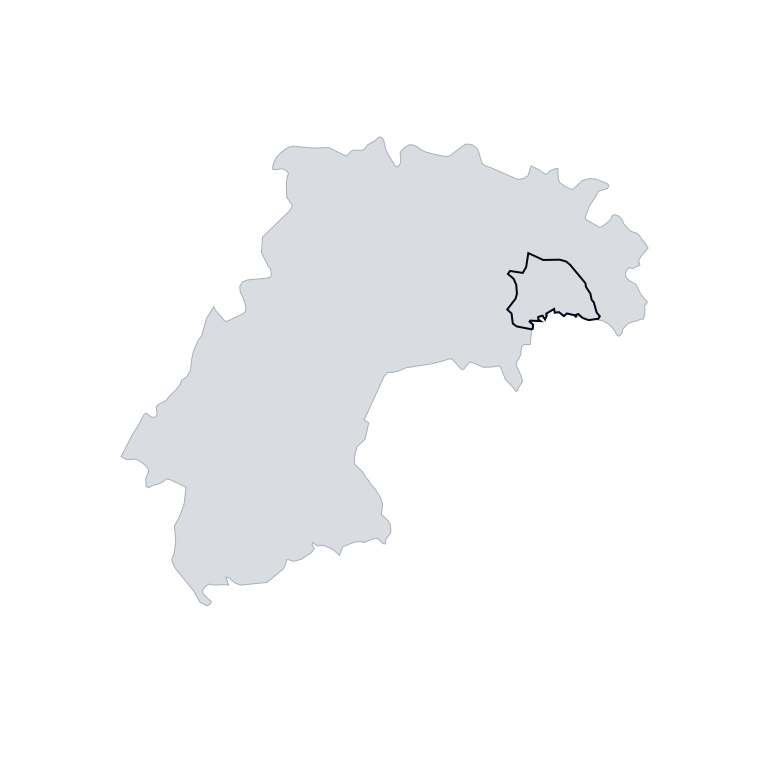 Macenta highlighted on a map of Guinea, rotated 295°
{"feature_id": "GIN-5651", "entity_name": "Macenta", "entity_type": "Prefecture", "adm_level": 1, "iso_a3": "GIN", "parent_name": "Guinea", "parent_adm1": "", "projection": "mercator", "projection_center": [-9.497, 8.422], "detail": "coarse", "context": "in_parent", "style": "outline", "palette": "ink", "viewbox_px": 768, "rotation_deg": 295, "n_neighbors": 0, "source": "natural_earth", "source_scale": "10m", "svg_char_len": 4416}
<svg xmlns="http://www.w3.org/2000/svg" viewBox="0 0 768 768"><g transform="rotate(295 384 384)"><path d="M465.1,495.6L459.4,494.9L456.8,496.0L449.2,505.0L444.6,508.5L437.5,507.4L434.9,508.0L433.0,507.0L435.6,502.1L439.3,492.3L448.7,482.4L448.8,480.3L445.0,474.5L441.0,466.7L441.0,458.2L440.2,452.1L431.9,450.4L430.4,449.4L430.2,447.3L434.8,436.8L435.2,434.7L434.6,432.8L429.5,427.4L421.6,417.4L407.9,396.9L402.8,392.6L397.9,386.4L396.0,382.4L390.9,380.9L343.2,381.2L342.3,386.6L325.9,390.2L315.7,386.0L304.5,388.4L299.0,391.2L294.7,403.1L292.3,405.7L289.9,411.0L287.7,414.0L285.3,419.9L279.9,428.3L274.3,433.7L264.7,436.7L261.7,445.5L259.5,448.8L255.8,451.3L251.9,453.0L244.1,451.3L239.7,452.9L238.9,450.7L241.4,443.7L239.5,440.1L231.9,432.8L231.2,429.3L228.9,424.7L219.0,415.4L209.8,416.0L212.4,408.1L212.3,397.7L209.1,392.0L209.9,386.2L208.2,386.5L205.2,390.5L200.2,389.3L190.1,383.1L185.1,377.0L184.5,371.9L183.3,369.9L180.2,371.0L173.9,370.9L154.7,361.8L141.0,338.8L140.7,333.6L142.7,324.7L142.3,322.3L136.0,328.2L134.8,324.2L130.0,315.0L128.6,309.7L124.0,307.4L120.3,306.9L117.4,308.7L113.7,319.5L110.9,319.4L108.0,317.1L108.6,309.1L116.0,299.0L128.3,273.5L132.8,267.7L135.5,265.7L141.4,265.4L152.8,262.0L166.8,254.1L177.5,254.7L190.2,253.7L206.7,248.3L206.9,231.1L206.3,227.3L200.5,223.9L197.1,220.9L194.1,217.1L190.5,214.4L190.7,211.6L198.0,207.9L204.7,207.9L206.9,206.5L208.6,204.1L210.5,197.9L211.2,191.4L206.7,182.6L207.0,176.4L231.2,177.3L244.5,179.0L255.4,179.5L257.1,180.9L255.6,186.9L257.0,190.5L260.7,191.4L266.8,187.2L270.0,188.2L276.8,193.4L283.1,194.9L290.0,197.7L296.5,199.3L302.3,199.1L306.6,202.0L314.7,202.9L325.1,199.2L333.3,197.5L344.9,197.1L350.9,198.4L368.5,195.4L382.3,197.1L380.1,199.1L373.8,212.8L374.5,215.3L388.6,226.9L391.9,227.7L395.7,226.1L401.8,220.8L406.5,215.0L411.1,212.2L416.4,212.3L420.7,216.4L430.7,233.6L433.2,235.8L435.6,235.8L440.0,232.6L442.2,228.8L451.4,217.4L465.8,211.8L499.8,224.8L504.8,225.8L507.7,224.8L511.9,217.1L524.8,210.5L530.9,208.7L534.4,208.5L535.8,206.4L536.4,203.2L535.7,200.0L531.8,194.2L531.6,192.4L533.9,191.3L538.8,190.5L545.1,191.0L552.2,193.6L558.0,197.2L561.3,201.5L567.7,219.7L574.9,234.0L574.6,253.1L577.7,255.0L581.2,255.8L582.9,257.3L586.3,265.2L589.6,267.4L593.6,268.0L600.9,273.0L605.6,275.0L606.3,276.5L606.1,278.6L604.3,281.2L597.2,286.5L593.7,291.0L586.4,301.8L586.2,303.8L587.8,305.2L590.7,305.5L593.9,304.7L600.6,300.8L605.9,302.2L610.9,305.2L612.7,308.3L613.2,312.4L612.1,317.7L611.9,323.6L613.6,333.7L616.2,343.7L618.8,347.3L635.6,356.2L637.2,359.5L638.1,363.2L636.9,368.3L635.1,371.1L625.9,379.0L624.5,382.7L625.2,389.7L625.9,419.0L629.5,423.9L633.8,426.5L643.9,425.1L643.6,433.2L642.3,442.3L648.2,445.1L651.2,447.9L652.8,450.5L643.5,455.3L640.8,458.2L639.5,465.8L639.8,472.8L652.3,477.8L657.2,483.7L659.3,489.8L660.0,501.3L658.9,503.9L655.7,504.0L649.4,497.0L639.7,496.2L632.5,494.9L620.4,495.8L618.4,497.9L617.0,513.2L619.9,515.7L625.6,518.6L629.4,519.9L632.5,519.5L634.9,521.4L635.4,526.4L633.8,530.1L630.6,533.5L626.7,542.4L627.5,550.5L620.7,563.4L618.8,565.9L609.8,563.3L603.9,562.5L599.7,565.7L593.9,560.7L592.8,556.8L590.7,556.0L586.7,555.9L583.1,558.2L581.5,562.2L580.7,570.5L574.1,578.3L569.5,588.1L564.2,587.2L563.0,588.4L557.3,590.9L552.4,591.6L551.1,589.0L548.3,586.9L545.1,582.8L541.5,579.4L534.6,577.1L531.9,578.1L528.7,577.8L526.5,576.5L526.8,574.5L530.4,569.4L532.5,564.7L533.6,559.6L533.6,554.8L531.7,547.9L528.6,542.5L527.8,539.3L528.2,534.8L527.5,530.6L526.4,528.4L525.0,520.5L523.2,519.0L522.1,512.7L522.4,506.2L519.8,503.7L515.5,501.9L513.1,499.4L511.5,496.5L510.0,495.7L508.7,495.9L507.5,497.6L506.1,498.0L503.7,491.9L502.7,491.7L501.0,493.1L481.5,499.8L479.0,494.1L475.3,493.0L468.9,495.4L465.1,495.6Z" fill="#d9dde1" stroke="#a8b0b8" stroke-width="1"/><path d="M507.2,499.4L503.3,489.8L502.0,489.6L500.8,494.1L496.9,495.5L495.9,494.5L492.3,480.0L493.2,475.2L501.8,469.8L503.6,464.2L516.9,467.2L522.1,466.3L529.7,462.0L534.1,457.1L536.1,449.8L539.7,450.4L543.3,462.8L550.1,463.4L563.6,459.5L563.7,475.9L570.9,490.7L572.0,497.3L570.7,502.3L560.5,523.9L557.3,526.1L553.1,532.9L548.1,536.6L546.7,539.6L538.6,546.6L536.6,550.9L533.7,550.7L528.4,542.5L527.8,536.1L529.5,530.4L527.4,528.5L525.7,530.2L526.8,527.2L525.2,519.9L521.5,518.3L523.1,512.3L520.8,508.6L523.9,506.4L516.3,501.3L514.8,502.6L510.5,502.7L512.9,498.8L510.0,495.5L507.7,496.5L507.2,499.4Z" fill="none" stroke="#020617" stroke-width="2"/></g></svg>